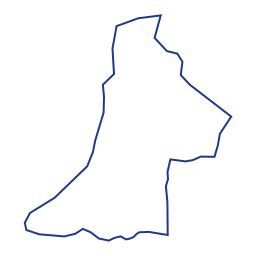 Mbarara, Mercator projection
{"feature_id": "UGA-3374", "entity_name": "Mbarara", "entity_type": "County", "adm_level": 1, "iso_a3": "UGA", "parent_name": "Uganda", "parent_adm1": "", "projection": "mercator", "projection_center": [30.545, -0.528], "detail": "fine", "context": "isolated", "style": "outline", "palette": "blue", "viewbox_px": 256, "rotation_deg": 0, "n_neighbors": 0, "source": "natural_earth", "source_scale": "10m", "svg_char_len": 700}
<svg xmlns="http://www.w3.org/2000/svg" viewBox="0 0 256 256"><path d="M116.6,26.1L138.1,18.3L160.7,15.4L154.6,37.9L166.9,51.1L177.3,53.6L182.4,61.7L180.8,75.1L189.9,84.8L231.2,116.6L219.9,133.8L217.9,145.1L214.5,156.8L200.8,156.6L192.9,160.1L185.7,161.4L170.4,159.4L167.5,172.2L168.0,179.2L165.9,186.2L167.4,202.2L167.7,235.0L148.9,231.9L139.0,232.3L136.1,234.4L133.6,237.0L129.9,238.6L126.0,239.4L120.6,236.4L114.6,237.8L108.8,240.6L98.8,238.5L90.6,232.2L82.8,228.9L75.3,233.8L64.3,236.4L39.3,234.3L26.3,230.0L24.8,222.7L30.1,212.9L54.7,197.7L87.2,166.3L92.9,152.1L95.3,140.2L103.6,112.7L104.0,97.2L102.9,84.7L114.0,74.0L112.5,48.5L116.6,26.1Z" fill="none" stroke="#1e3a8a" stroke-width="2"/></svg>